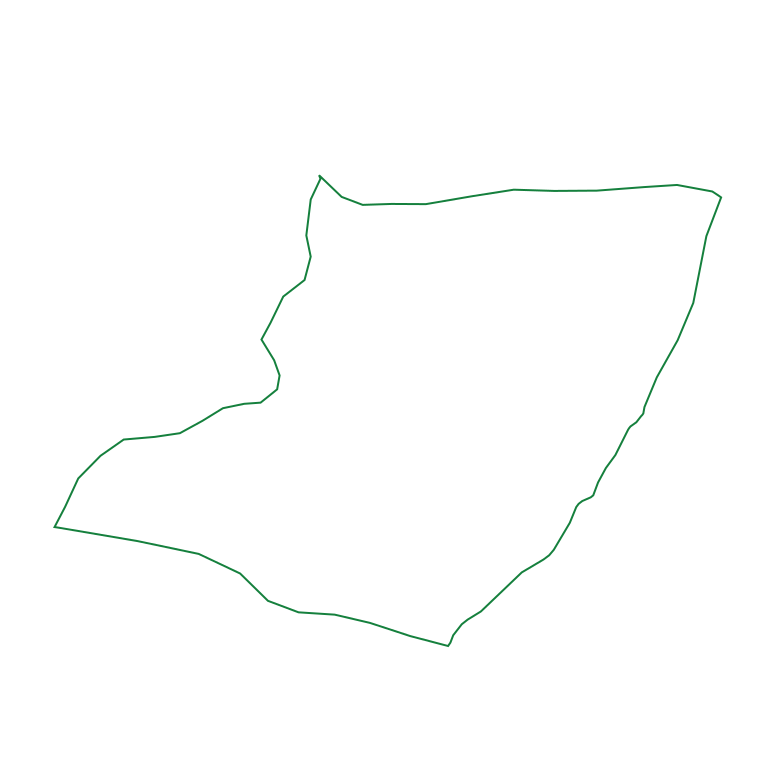 the border of Surt, rotated 100°
{"feature_id": "LBY-2985", "entity_name": "Surt", "entity_type": "Municipality", "adm_level": 1, "iso_a3": "LBY", "parent_name": "Libya", "parent_adm1": "", "projection": "albers", "projection_center": [17.512, 29.873], "detail": "fine", "context": "isolated", "style": "outline", "palette": "green", "viewbox_px": 768, "rotation_deg": 100, "n_neighbors": 0, "source": "natural_earth", "source_scale": "10m", "svg_char_len": 1095}
<svg xmlns="http://www.w3.org/2000/svg" viewBox="0 0 768 768"><g transform="rotate(100 384 384)"><path d="M141.7,84.4L182.4,92.2L250.5,93.5L289.9,102.4L330.1,116.5L361.5,123.5L368.0,123.5L369.7,124.3L371.0,125.2L377.8,128.8L383.0,133.9L385.0,135.0L386.7,135.7L413.8,143.8L428.2,150.9L443.8,156.1L457.3,158.6L459.7,160.7L464.8,168.4L468.2,171.5L471.8,173.3L488.4,176.9L517.8,188.0L524.0,191.6L529.1,196.4L545.6,215.6L591.2,249.1L601.5,260.7L607.1,265.7L619.4,272.2L627.2,273.7L630.9,275.4L627.7,314.4L621.7,356.4L619.7,392.5L623.7,428.5L617.7,460.6L595.6,492.8L583.5,537.0L581.5,599.3L582.0,679.8L582.1,683.6L560.3,676.7L530.1,668.7L503.9,650.7L483.9,630.7L475.9,600.6L467.9,576.5L451.8,556.4L435.8,538.4L427.8,518.3L423.8,502.3L407.8,488.3L393.7,488.3L379.7,496.3L361.5,512.4L343.5,506.4L315.4,498.4L295.4,480.3L271.3,478.3L251.2,486.3L215.0,488.2L192.9,482.2L189.7,484.2L207.1,458.2L211.3,436.1L205.4,408.0L199.6,374.0L183.8,329.9L170.1,289.9L164.3,249.9L156.6,207.9L144.9,162.0L137.1,130.0L137.4,94.1L140.7,86.5L141.7,84.4L141.7,84.4Z" fill="none" stroke="#15803d" stroke-width="2"/></g></svg>